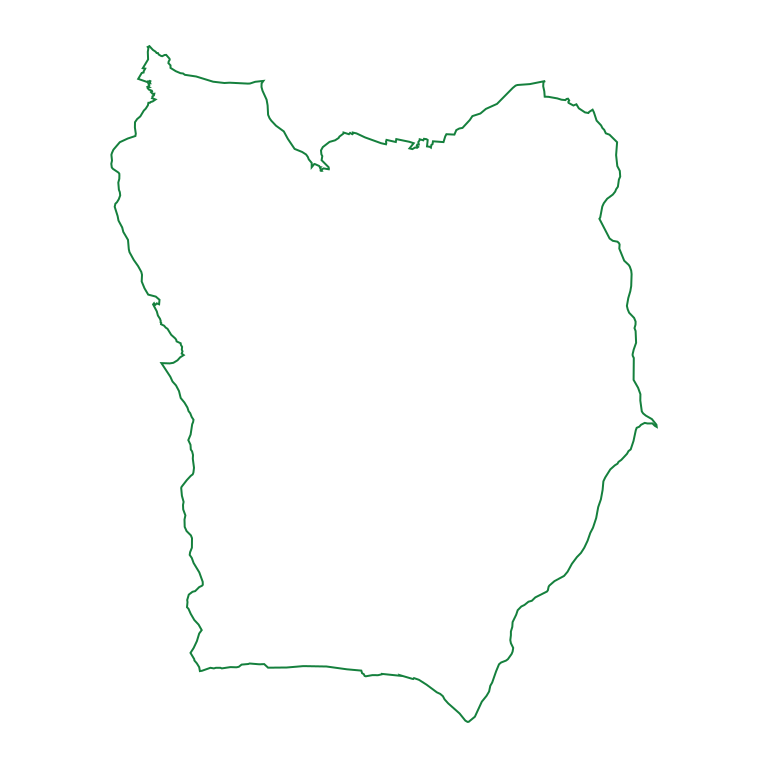 Bustuchin, Gorj, Romania (Robinson projection)
{"feature_id": "2599482B71517510314542", "entity_name": "Bustuchin", "entity_type": "district", "adm_level": 2, "iso_a3": "ROU", "parent_name": "Romania", "parent_adm1": "Gorj", "projection": "robinson", "projection_center": [23.713, 44.971], "detail": "fine", "context": "isolated", "style": "outline", "palette": "green", "viewbox_px": 768, "rotation_deg": 0, "n_neighbors": 0, "source": "geoboundaries", "source_scale": "gbopen_adm2", "svg_char_len": 6045}
<svg xmlns="http://www.w3.org/2000/svg" viewBox="0 0 768 768"><path d="M656.7,426.9L656.4,424.7L651.9,419.1L645.8,415.6L643.1,413.4L641.8,411.4L640.3,400.5L640.4,394.2L638.1,387.8L633.6,379.9L633.8,358.0L632.7,355.7L632.6,354.3L633.7,349.6L636.1,342.8L635.6,331.0L634.5,328.1L635.5,324.7L635.6,321.6L634.1,317.9L629.1,312.7L627.7,309.3L626.9,305.9L628.3,298.0L630.3,291.2L631.2,286.1L631.6,274.1L631.2,270.6L629.8,266.6L628.7,264.9L624.2,260.7L619.3,248.6L619.6,244.6L619.1,243.3L617.5,241.7L612.8,240.8L609.6,238.5L599.4,218.8L600.2,217.5L602.3,206.5L603.8,203.2L607.2,198.7L612.8,194.6L615.2,191.6L616.1,189.3L617.9,186.7L618.9,179.6L620.2,176.6L619.8,170.9L617.3,166.1L616.1,155.1L617.1,142.2L609.5,134.7L605.8,133.3L604.2,129.8L602.4,128.0L601.1,125.4L596.6,120.6L593.9,112.3L592.6,109.7L589.2,111.9L588.4,113.0L585.0,112.4L578.8,108.3L576.4,104.3L573.4,105.5L568.6,102.9L568.3,102.0L569.2,100.5L568.0,98.7L566.5,99.0L565.4,100.1L561.5,99.7L557.3,98.4L548.3,96.8L544.7,96.7L544.3,91.4L543.2,86.2L543.4,82.9L543.7,81.8L544.4,81.5L544.3,81.2L529.8,84.1L517.4,85.0L515.6,85.6L512.8,87.9L497.0,103.9L485.9,108.9L480.4,113.5L472.4,116.1L469.8,120.0L462.5,127.9L459.3,128.5L456.3,130.1L454.4,134.6L446.4,134.2L445.2,136.5L443.5,142.1L433.0,141.3L432.5,144.2L431.4,144.9L430.9,147.6L429.8,146.8L427.0,146.4L427.7,140.0L426.5,139.2L424.0,138.8L423.3,140.3L419.7,139.3L419.6,140.3L418.3,142.1L418.8,144.5L417.3,144.6L416.8,145.7L418.2,146.9L417.1,147.8L415.1,147.5L412.4,149.1L409.5,148.4L413.7,143.2L409.4,141.8L396.3,139.1L395.8,142.0L386.5,139.9L386.0,141.7L386.3,143.1L386.0,144.3L381.1,143.2L365.0,137.4L356.5,133.4L353.0,132.6L353.2,133.4L352.3,134.2L350.1,132.9L348.9,134.2L343.5,132.5L343.4,133.6L339.4,136.6L338.6,138.0L335.1,140.3L329.5,141.9L322.8,147.1L321.0,150.4L321.4,154.4L322.3,156.1L321.6,160.2L328.6,167.2L328.9,168.9L328.8,169.3L323.6,168.4L321.9,169.4L321.4,170.0L321.9,170.8L321.1,170.9L320.6,170.6L320.7,169.1L320.0,167.8L320.6,167.2L319.9,167.1L319.2,166.0L315.2,164.2L314.3,164.0L311.7,167.2L311.7,162.9L308.8,159.4L307.8,156.9L306.1,154.5L302.2,152.0L294.6,148.9L287.8,138.8L283.8,131.4L276.0,125.7L271.3,120.7L269.6,118.3L268.1,114.8L267.6,105.4L266.6,99.7L262.5,90.7L261.5,87.0L261.6,83.4L263.4,80.9L255.2,81.8L250.0,83.5L247.9,83.6L229.6,82.7L224.4,83.0L213.1,81.7L196.2,76.5L184.8,74.8L183.1,73.5L180.5,73.2L175.8,71.2L170.5,67.9L170.5,65.4L168.4,63.1L168.7,61.4L169.7,59.8L169.5,58.7L166.2,54.9L164.6,55.0L162.2,56.2L161.0,55.9L158.7,54.5L158.0,53.1L156.6,53.0L155.6,51.7L152.9,49.9L149.4,46.1L147.7,47.0L148.4,48.1L147.8,51.9L148.1,59.4L142.8,68.2L145.2,68.6L143.6,71.5L143.6,72.5L141.7,73.0L138.2,78.9L147.2,82.0L148.0,81.3L148.9,81.6L149.8,80.9L150.4,81.2L149.9,82.4L150.3,83.4L148.4,83.6L149.3,85.7L147.8,86.6L148.8,87.2L147.5,87.3L147.5,87.9L148.9,89.6L151.8,90.7L152.1,91.4L151.0,92.1L152.6,93.8L154.3,93.7L153.9,95.4L152.4,96.4L152.5,97.6L152.1,98.2L155.5,99.5L152.7,101.4L150.5,102.1L149.9,102.8L148.4,102.8L147.9,105.3L145.7,108.7L143.8,110.6L140.3,116.4L137.1,119.1L135.0,122.2L134.9,127.5L135.8,133.7L135.4,136.0L127.8,138.5L119.8,142.2L113.4,149.7L111.9,153.1L111.4,154.8L112.0,160.6L111.3,163.8L111.8,167.5L113.0,168.9L118.5,172.6L119.3,173.7L119.4,175.1L119.3,178.8L118.3,182.6L118.9,189.8L119.8,192.1L120.2,195.4L118.8,199.2L116.9,202.3L115.4,203.7L114.7,206.8L117.6,216.0L118.5,220.6L122.2,227.5L123.3,231.9L128.0,239.9L128.8,249.2L129.5,252.2L133.8,260.0L138.1,266.1L141.3,271.9L142.0,274.8L141.7,281.5L144.5,288.3L148.2,294.6L155.8,296.6L159.5,299.8L159.1,304.3L156.7,303.4L155.4,304.8L154.5,304.3L154.0,303.3L153.1,304.4L156.8,311.4L157.9,315.5L160.0,318.8L160.7,320.9L160.6,322.3L161.2,322.9L161.0,324.2L164.1,325.7L165.7,327.6L167.5,328.8L171.2,334.8L175.3,338.5L176.2,339.8L176.6,341.4L180.7,343.3L180.8,344.7L182.1,346.9L181.8,349.7L182.5,351.3L181.7,353.6L183.7,355.1L180.2,357.3L177.5,360.3L173.4,362.8L169.7,363.4L161.4,363.1L170.3,376.7L172.5,381.5L176.0,385.4L179.0,391.1L180.7,398.0L184.4,402.5L187.4,407.5L188.6,411.2L190.2,413.2L191.7,417.0L193.5,419.7L193.1,422.1L192.2,424.2L190.6,434.6L188.3,440.1L190.5,444.8L190.8,449.5L192.1,451.4L193.0,455.0L192.8,458.7L194.0,467.8L193.4,472.6L192.7,474.4L190.8,475.8L186.9,480.0L181.6,486.8L181.2,488.0L181.9,495.7L183.6,501.9L183.0,505.0L183.2,509.4L185.4,515.4L184.5,519.5L184.7,526.9L186.6,531.1L190.9,535.4L192.0,538.2L191.9,547.7L190.1,552.2L189.7,554.9L191.8,558.0L193.6,563.0L199.3,572.4L202.7,581.8L202.8,584.8L201.9,585.8L199.2,587.1L195.2,591.1L192.5,591.8L188.8,594.6L187.2,600.0L187.5,602.1L187.0,607.2L188.5,608.8L190.7,613.8L194.3,620.0L198.6,624.6L201.7,630.1L199.2,633.5L196.9,641.1L193.7,647.9L190.5,652.9L194.2,659.1L194.4,660.5L196.8,663.3L199.2,667.2L199.9,671.1L201.9,670.8L210.4,667.8L213.9,668.4L215.9,667.8L220.4,667.8L221.8,668.4L230.4,667.1L236.5,667.3L238.8,666.8L241.6,664.6L248.3,664.0L249.6,663.5L259.4,664.3L264.2,664.1L268.1,667.7L286.8,667.5L303.4,666.1L326.5,666.5L346.9,669.3L361.3,670.6L362.1,673.2L363.8,674.2L364.6,675.9L365.8,676.3L372.5,675.1L378.0,675.2L381.9,674.3L381.9,673.9L400.4,675.8L400.0,675.2L412.2,678.8L413.2,679.0L414.0,678.1L418.9,679.8L426.6,684.7L436.8,692.3L440.2,693.9L442.9,696.2L444.6,699.4L448.2,703.4L459.6,713.5L465.3,720.6L467.5,721.9L468.7,721.8L474.9,716.7L481.8,701.7L486.5,695.9L489.1,691.5L490.3,685.8L492.2,682.5L496.1,671.3L499.0,664.3L501.1,662.5L506.0,660.6L507.9,659.2L511.6,654.0L512.6,651.6L513.2,647.9L510.9,643.2L510.3,640.1L510.9,635.2L510.9,631.5L512.3,626.9L512.6,622.1L516.2,614.7L517.7,610.2L521.3,606.5L524.4,605.0L528.5,601.7L531.8,600.8L535.3,597.4L547.0,591.5L547.9,590.2L548.6,586.8L549.3,585.6L554.5,581.1L564.1,575.9L567.6,571.7L571.9,563.8L576.9,557.1L580.9,553.0L584.3,547.7L587.6,540.7L590.3,532.9L593.0,527.7L596.2,518.0L598.2,507.1L600.9,499.3L602.6,490.0L603.4,481.3L605.2,477.5L610.3,469.4L614.9,465.3L617.5,463.7L618.5,461.9L621.3,459.9L627.0,453.8L628.5,451.1L630.7,449.4L633.5,441.0L635.8,430.2L636.7,427.8L639.3,426.7L641.0,424.8L644.7,422.9L647.7,423.5L652.4,423.4L654.8,425.8L656.7,426.9Z" fill="none" stroke="#15803d" stroke-width="2"/></svg>